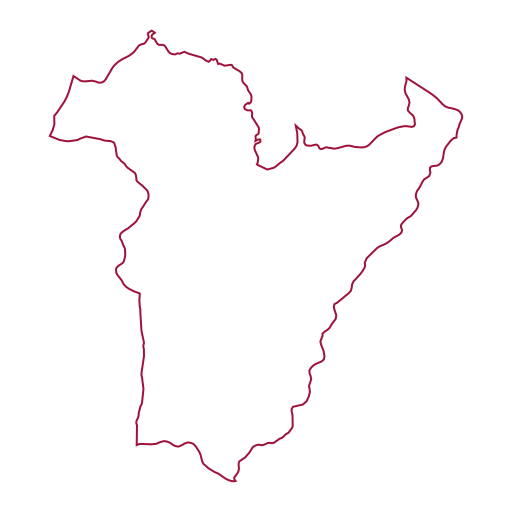 Bié, orthographic projection
{"feature_id": "AGO-1886", "entity_name": "Bié", "entity_type": "Province", "adm_level": 1, "iso_a3": "AGO", "parent_name": "Angola", "parent_adm1": "", "projection": "orthographic", "projection_center": [17.419, -12.443], "detail": "fine", "context": "isolated", "style": "outline", "palette": "rose", "viewbox_px": 512, "rotation_deg": 0, "n_neighbors": 0, "source": "natural_earth", "source_scale": "10m", "svg_char_len": 6015}
<svg xmlns="http://www.w3.org/2000/svg" viewBox="0 0 512 512"><path d="M151.6,30.7L153.4,31.7L154.8,32.8L152.7,34.3L151.9,35.2L151.5,36.1L151.8,37.8L152.7,38.5L153.9,38.8L154.8,39.4L156.9,43.2L158.0,44.4L159.3,44.9L162.5,44.9L163.9,45.2L165.2,46.3L168.6,51.8L170.0,53.1L172.3,54.1L175.0,54.4L177.6,53.3L179.6,53.7L184.4,51.8L188.9,53.8L201.4,57.4L203.3,58.5L205.5,60.3L208.6,61.8L210.1,60.6L211.1,59.1L213.3,59.9L215.5,58.9L216.7,59.8L218.1,64.0L219.6,63.6L221.3,64.2L223.1,65.1L224.7,65.7L231.0,64.8L232.0,65.2L233.3,67.5L239.5,71.2L241.7,73.1L242.3,75.1L242.2,79.3L242.5,81.4L243.8,83.3L246.8,86.3L248.1,90.3L250.8,94.3L251.5,96.7L251.3,100.9L250.6,102.5L249.1,103.7L248.2,102.8L245.2,104.9L244.1,107.1L244.9,109.1L247.4,110.3L249.4,110.4L250.5,110.2L251.3,110.7L252.2,112.8L252.0,115.1L252.0,116.8L252.7,118.1L254.2,120.2L258.7,127.5L259.1,129.6L258.8,130.4L258.7,131.2L258.7,133.0L258.4,133.7L257.6,134.4L256.0,135.4L255.5,136.4L255.8,139.3L255.5,140.9L256.9,140.0L258.8,139.4L260.3,139.6L260.4,141.6L259.6,142.4L256.5,143.6L255.5,144.2L254.3,146.9L254.7,149.8L257.9,156.8L258.2,158.2L258.2,159.6L257.9,161.5L257.3,163.6L256.9,164.4L257.4,164.8L267.3,169.5L272.7,168.1L274.6,167.4L280.2,162.8L283.0,160.9L294.3,149.0L296.5,146.0L297.5,142.3L297.3,133.8L295.8,125.6L299.3,128.8L300.9,129.8L301.7,130.6L302.0,131.1L303.1,134.2L304.0,135.7L304.7,137.2L304.7,137.5L304.2,141.7L304.3,142.4L304.3,142.8L304.8,143.8L305.5,144.7L306.5,145.4L307.2,145.5L311.0,145.8L314.6,144.8L316.2,144.6L316.6,144.7L317.3,145.1L318.2,145.8L318.5,146.3L319.3,148.1L319.9,148.6L320.7,149.1L321.6,149.1L322.8,148.7L324.9,147.7L326.1,147.4L327.0,147.3L328.5,147.8L331.3,148.1L333.2,148.6L334.9,148.6L337.3,148.2L346.2,145.8L349.2,145.6L355.2,147.0L361.0,147.4L363.9,147.3L366.5,146.5L368.9,145.0L376.9,136.8L379.3,135.2L385.5,132.0L397.9,127.4L403.9,126.2L406.7,126.2L411.9,126.9L413.9,126.2L415.0,124.3L414.6,121.8L414.5,119.3L414.0,117.5L413.2,115.8L412.3,114.8L410.3,113.2L407.8,110.4L407.8,108.2L408.8,105.8L409.5,102.5L408.8,99.4L405.5,93.3L404.7,90.0L405.0,86.6L406.5,81.0L406.4,77.7L431.3,93.8L436.8,98.1L442.4,104.0L445.0,106.3L447.8,107.5L454.2,108.9L458.1,110.3L460.5,112.5L462.1,115.3L462.2,118.1L459.6,123.9L458.8,127.0L457.5,129.9L456.6,134.6L456.5,137.6L453.8,138.1L451.9,139.6L450.3,141.2L445.9,146.9L444.6,149.5L443.9,152.3L443.0,158.3L441.6,162.0L439.4,164.4L437.1,165.6L433.4,166.0L431.4,166.4L430.0,167.7L429.9,170.0L430.4,172.6L429.3,175.9L427.1,177.5L424.1,179.4L422.6,181.6L419.7,187.3L417.1,190.9L415.9,194.1L415.9,197.3L418.0,202.0L418.4,203.2L418.3,204.6L417.6,207.5L416.0,210.2L411.1,215.8L410.2,216.5L407.0,218.3L403.1,222.2L401.3,224.5L400.9,225.9L401.0,227.3L401.6,228.6L402.1,230.3L401.4,232.5L399.5,234.5L393.2,238.0L389.3,241.4L385.9,243.7L379.6,246.4L376.8,248.3L366.7,258.2L364.8,262.6L365.1,265.8L364.4,268.0L362.8,270.6L360.9,273.4L353.4,281.6L352.0,284.7L351.8,287.2L350.9,290.7L348.8,293.1L337.3,302.6L334.5,304.1L333.8,306.6L334.3,309.2L336.3,315.3L335.7,318.9L331.6,324.3L329.7,327.7L327.8,329.6L324.7,331.6L322.5,333.6L322.5,335.9L320.4,341.3L320.9,344.1L323.6,351.0L324.5,356.2L323.9,359.4L321.7,361.4L316.5,363.6L314.9,364.4L312.7,366.0L310.8,368.1L309.3,370.7L309.7,373.5L310.7,376.4L311.2,379.4L309.5,384.4L309.0,386.5L309.5,388.4L309.9,392.2L308.6,396.8L306.6,401.2L302.9,404.5L293.0,406.8L291.6,409.2L291.7,411.8L292.5,414.8L292.7,425.8L292.5,427.0L291.9,428.1L289.4,431.5L288.5,432.6L287.6,433.3L287.0,433.5L286.2,434.0L285.2,434.8L283.5,436.6L281.7,438.0L280.3,438.4L279.2,439.0L274.1,442.6L272.8,443.1L272.2,443.2L269.3,442.8L268.0,443.0L263.2,445.0L262.7,445.1L262.0,445.2L258.3,444.7L257.3,444.9L256.1,445.3L254.3,446.1L253.4,446.8L252.7,447.3L249.2,452.8L245.4,457.1L244.7,457.8L239.8,461.0L239.3,461.6L238.8,462.7L238.6,464.1L238.9,468.5L238.7,470.2L238.3,471.5L237.8,472.6L234.3,477.5L234.2,478.0L234.3,478.9L234.5,479.4L235.5,481.0L233.5,481.3L231.4,481.0L228.5,480.1L225.4,478.6L218.5,473.7L214.5,472.0L208.4,468.2L203.3,463.7L202.1,461.1L200.7,455.3L199.7,452.6L196.0,446.7L194.2,444.6L192.8,443.6L190.2,442.7L187.5,442.5L184.2,443.7L183.1,444.5L181.0,445.6L178.4,446.6L175.8,446.2L173.5,445.2L169.6,442.6L167.1,441.6L164.0,441.1L160.2,442.1L156.3,443.8L151.1,444.3L140.2,443.9L139.0,444.1L136.7,445.1L137.0,425.4L136.4,423.5L136.3,422.8L136.4,421.9L136.5,420.9L137.1,419.6L138.1,417.6L138.3,416.9L138.6,415.7L138.6,413.6L139.4,410.3L139.8,409.2L140.2,407.2L140.4,406.6L141.8,403.7L142.0,403.1L143.4,389.6L143.4,388.4L142.1,378.0L141.5,375.4L141.5,373.0L144.0,356.2L143.9,349.6L143.3,346.1L143.5,344.8L143.9,343.6L143.9,342.9L143.8,341.8L141.5,331.0L140.3,312.1L140.4,309.7L139.7,306.2L139.4,300.4L139.8,293.7L139.5,293.3L134.4,291.5L128.8,288.7L126.1,286.8L123.7,284.3L121.8,280.5L117.7,275.3L116.3,272.7L116.0,269.5L116.5,267.7L118.4,265.8L122.2,263.4L123.0,262.6L123.9,261.1L124.6,258.6L125.2,255.3L125.2,251.9L124.9,248.5L123.1,244.7L121.8,241.1L120.3,238.8L119.9,237.5L119.9,236.2L120.2,234.8L120.4,234.3L120.7,233.6L122.6,231.8L125.8,229.6L128.0,228.4L134.8,222.8L136.6,220.9L139.8,215.6L140.1,212.8L141.2,209.3L142.7,207.2L146.2,201.7L147.9,199.6L148.2,199.0L148.6,195.6L148.5,194.2L147.8,191.6L147.2,190.5L146.3,189.5L144.3,187.7L143.3,186.5L137.3,181.5L136.5,180.5L136.4,179.8L136.4,178.3L135.8,174.8L135.0,173.1L133.8,172.1L127.7,167.8L126.3,166.4L125.5,165.3L125.0,164.4L124.0,163.3L121.4,161.3L119.3,158.7L117.7,157.1L117.2,156.4L116.8,155.7L115.9,149.9L115.8,148.2L115.6,147.2L115.1,146.0L114.2,142.9L112.9,142.1L110.6,141.1L104.7,140.6L100.3,139.2L86.1,136.5L79.5,138.9L77.7,140.0L68.4,141.3L64.7,140.9L59.4,139.9L49.8,136.0L52.6,130.3L54.4,124.2L54.2,115.9L57.2,112.3L64.4,101.6L66.7,97.1L68.8,92.0L73.5,76.0L79.9,80.3L82.1,81.2L85.0,81.4L92.1,80.7L96.2,81.7L98.0,82.4L99.4,82.7L101.4,82.6L103.8,81.5L105.8,79.2L112.5,67.7L114.8,64.9L117.7,62.2L121.9,59.4L128.6,56.0L131.6,54.0L134.3,51.6L138.9,45.6L141.4,44.3L144.2,43.6L144.5,43.4L145.2,42.7L148.3,38.1L148.7,37.3L148.7,36.7L147.8,34.3L148.3,32.8L151.6,30.7Z" fill="none" stroke="#9f1239" stroke-width="2"/></svg>